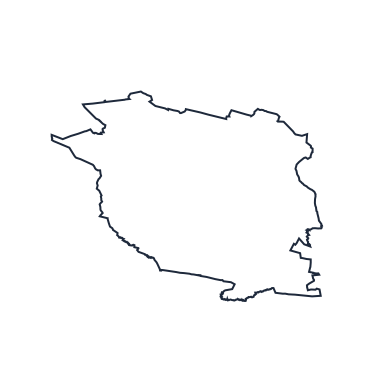 outline of Vecpils pag., Durbes, Latvia, rotated 14°
{"feature_id": "27541924B81448674487737", "entity_name": "Vecpils pag.", "entity_type": "district", "adm_level": 2, "iso_a3": "LVA", "parent_name": "Latvia", "parent_adm1": "Durbes", "projection": "natural_earth1", "projection_center": [21.536, 56.615], "detail": "fine", "context": "isolated", "style": "outline", "palette": "slate", "viewbox_px": 384, "rotation_deg": 14, "n_neighbors": 0, "source": "geoboundaries", "source_scale": "gbopen_adm2", "svg_char_len": 6056}
<svg xmlns="http://www.w3.org/2000/svg" viewBox="0 0 384 384"><g transform="rotate(14 192 192)"><path d="M268.3,285.1L269.3,285.0L270.4,284.7L270.5,283.1L270.0,283.3L270.0,282.7L271.4,281.2L271.9,281.1L272.3,280.2L273.3,280.1L274.7,279.3L275.4,279.7L275.9,279.6L277.1,278.8L277.0,278.2L277.2,277.9L277.3,277.1L277.7,276.5L278.2,276.4L278.2,275.9L278.7,275.5L277.8,274.3L280.5,273.5L280.4,273.1L281.1,272.9L282.1,272.0L283.0,272.1L282.9,271.7L284.7,271.6L285.4,270.5L286.3,270.1L286.1,270.0L287.6,269.0L288.5,268.8L288.7,268.4L288.7,268.2L290.0,268.3L290.6,267.7L291.1,267.7L291.5,267.1L292.2,266.9L292.9,265.8L294.3,265.5L297.4,269.6L304.8,268.7L307.0,268.1L310.5,267.9L316.7,266.7L333.8,264.2L342.0,261.6L339.3,255.7L336.4,255.6L335.5,256.9L331.1,257.8L328.2,259.3L327.2,257.3L326.9,257.1L326.1,254.7L327.8,252.6L331.8,248.7L331.7,247.8L330.5,246.7L329.0,243.8L335.4,241.5L334.3,240.4L332.6,240.9L329.2,241.3L329.2,241.0L324.9,241.2L324.9,236.4L325.0,236.2L324.3,231.9L323.5,228.7L319.3,229.3L315.3,229.4L313.5,229.6L311.7,225.2L301.6,224.9L303.4,217.6L305.0,218.2L305.9,216.3L307.1,211.2L313.5,215.6L319.9,216.3L319.4,215.6L319.4,214.9L318.2,214.0L316.9,214.2L316.7,212.3L315.6,211.3L315.1,210.4L315.9,209.5L316.0,208.7L314.2,207.6L314.9,206.1L316.0,205.4L315.1,204.8L314.9,205.1L314.6,204.4L314.2,204.2L314.4,203.8L313.9,203.5L313.1,203.5L313.4,202.9L313.1,202.8L313.1,202.5L313.6,202.1L313.2,201.8L313.5,201.6L312.5,201.3L313.0,200.9L313.0,200.3L313.2,200.1L314.1,200.0L315.3,200.4L315.2,200.0L315.9,199.8L316.8,199.2L317.8,198.0L320.4,197.3L323.1,196.9L326.2,196.0L326.5,195.2L325.6,194.0L326.4,193.4L326.3,193.2L325.4,192.4L325.2,191.7L322.1,189.1L321.2,186.9L318.7,182.2L318.4,181.1L317.2,180.2L317.1,179.5L316.6,178.5L316.1,177.0L315.0,175.5L313.9,173.0L313.1,169.2L312.9,166.2L312.3,164.5L312.4,164.2L312.0,163.9L311.1,162.6L310.3,162.0L307.8,160.9L306.1,160.6L303.4,159.7L301.9,158.8L299.0,158.1L297.5,157.0L296.7,156.8L295.4,155.9L294.2,155.4L293.4,154.8L292.5,152.6L291.6,151.2L289.8,149.5L288.2,146.1L287.1,144.9L286.8,144.3L286.9,140.0L288.6,137.0L292.1,132.3L292.7,131.7L294.0,131.0L296.4,131.9L298.0,130.1L298.7,129.6L298.4,128.2L298.6,125.3L299.2,124.3L298.9,124.2L299.1,123.1L298.5,120.7L296.6,120.1L296.4,118.8L296.0,118.4L291.1,116.3L289.7,108.0L285.1,110.9L278.5,111.1L276.9,110.1L275.5,108.8L264.0,101.7L263.0,101.8L258.2,102.9L257.9,102.7L258.3,102.4L258.4,99.0L258.7,97.8L255.9,96.2L255.0,96.0L245.5,96.0L244.4,95.6L242.7,95.8L241.5,95.3L239.6,95.4L238.8,95.8L237.6,96.0L235.8,95.4L233.2,99.1L233.5,100.7L233.3,101.4L232.7,102.4L231.1,104.1L230.9,103.7L226.2,103.7L210.5,103.1L209.6,106.8L209.4,108.8L210.0,109.7L207.4,110.3L207.3,112.4L207.5,112.9L189.2,113.0L181.0,112.8L166.0,113.1L166.1,114.1L165.4,115.7L162.2,118.1L161.4,118.3L159.9,117.1L158.4,116.9L154.3,117.2L148.9,117.0L149.0,118.2L145.6,117.4L135.7,117.4L128.9,114.6L131.0,112.4L129.0,109.1L124.8,108.7L123.3,108.1L120.8,107.9L118.1,106.9L108.5,111.5L107.3,114.7L107.7,115.3L107.7,116.3L108.8,116.9L105.0,118.3L104.5,118.7L86.5,125.5L85.6,124.4L85.1,124.7L85.1,126.1L74.4,130.2L65.0,133.4L67.3,135.7L81.1,144.0L84.4,144.6L85.6,145.3L85.4,145.4L89.3,147.5L91.8,148.1L91.9,150.7L90.2,152.1L90.0,152.6L90.6,154.0L91.9,155.5L89.2,156.4L89.0,156.9L89.9,157.7L86.7,158.4L84.5,157.9L83.4,158.1L83.2,158.7L82.9,158.7L81.6,158.5L78.3,155.8L74.7,158.5L73.3,159.1L67.5,163.0L60.8,167.0L53.8,172.0L42.0,170.5L42.5,172.3L42.9,172.8L43.0,173.5L43.5,174.0L43.5,175.4L44.2,175.7L45.4,176.1L62.3,178.7L68.9,185.1L70.2,186.2L71.3,186.8L75.8,187.1L89.3,189.6L90.7,190.6L92.2,192.4L93.2,193.2L95.4,193.8L97.6,193.2L98.9,196.6L99.9,198.3L98.9,201.2L98.2,202.2L97.6,205.2L97.6,206.4L98.9,208.5L98.8,211.8L101.7,213.2L105.1,217.3L104.6,218.3L105.6,220.4L105.9,221.8L107.1,223.1L105.9,225.1L105.4,226.3L106.7,228.7L107.4,231.1L107.9,231.9L110.0,233.5L110.4,234.0L108.8,236.8L108.4,237.9L116.5,237.9L116.5,238.3L118.8,242.3L120.8,245.4L123.4,246.4L124.3,247.4L124.5,247.9L129.7,249.8L129.9,251.6L129.8,251.9L131.9,253.1L132.3,253.9L132.7,253.9L133.4,253.4L133.6,253.7L134.2,253.8L134.9,253.3L135.4,253.4L135.7,253.9L136.8,254.0L136.4,254.5L136.6,255.2L136.9,255.3L136.7,255.5L137.1,255.6L137.3,255.9L137.6,255.9L137.6,255.6L137.8,255.6L138.1,256.0L138.5,255.8L139.0,256.4L139.3,256.4L139.2,256.2L139.5,256.1L139.9,256.5L140.5,256.7L140.9,256.3L141.1,256.5L141.7,256.4L142.3,256.8L142.1,256.9L142.3,257.4L142.9,257.6L143.0,258.0L143.3,258.1L143.8,257.8L144.2,258.3L144.1,258.7L144.5,258.7L145.1,258.7L145.5,258.5L146.6,258.5L147.3,258.2L147.5,257.9L147.3,257.8L147.5,257.6L147.8,257.4L149.0,257.5L149.4,259.5L153.5,259.4L153.7,259.8L152.8,261.6L154.6,263.0L161.1,263.7L161.5,264.2L162.1,264.0L162.8,264.5L163.7,264.1L164.6,264.6L164.4,265.2L165.3,265.1L165.3,265.8L165.9,265.7L166.1,266.1L166.3,266.0L166.2,265.7L166.7,265.8L167.0,265.5L167.4,265.9L167.8,265.9L167.7,265.5L168.2,265.0L169.6,265.3L169.8,265.1L170.4,265.2L170.8,265.6L171.2,265.6L172.0,266.9L174.6,268.8L175.6,269.9L179.4,274.6L180.0,275.9L181.0,275.7L180.8,275.1L182.5,274.8L196.0,273.5L199.9,273.3L203.9,272.6L209.4,271.9L211.3,272.0L213.6,271.6L218.6,271.3L218.5,271.0L220.4,270.7L220.7,271.4L226.6,270.9L235.7,270.9L241.1,270.6L242.9,270.1L244.1,271.0L251.6,270.1L255.7,271.2L254.5,276.5L248.2,279.3L247.4,279.9L246.7,280.9L246.4,282.1L245.3,282.0L245.2,282.3L245.5,282.7L246.5,283.2L246.3,283.7L245.3,283.9L244.9,284.2L245.6,284.5L245.1,285.0L245.1,285.4L246.0,286.1L245.0,286.4L245.0,286.6L246.2,287.4L246.1,287.7L246.5,288.3L247.0,288.1L247.3,288.2L247.3,288.5L248.1,288.4L248.5,288.7L249.1,288.6L249.4,288.1L250.0,288.4L250.3,288.2L250.6,288.4L250.8,288.1L251.3,288.4L251.5,288.3L251.3,288.0L252.2,287.7L252.2,287.4L252.5,287.9L252.4,288.1L252.8,288.5L253.5,288.2L253.4,287.9L253.1,287.8L254.5,287.6L255.5,287.0L257.2,287.2L258.9,286.8L259.2,287.1L260.6,286.2L260.9,285.6L262.2,285.1L262.8,285.2L262.7,284.8L264.1,285.2L264.1,284.9L265.4,284.9L265.1,284.7L265.3,284.6L265.6,285.0L266.6,284.7L266.4,285.0L267.2,285.3L267.5,285.3L267.8,285.0L267.7,284.8L268.3,285.1Z" fill="none" stroke="#1e293b" stroke-width="2"/></g></svg>